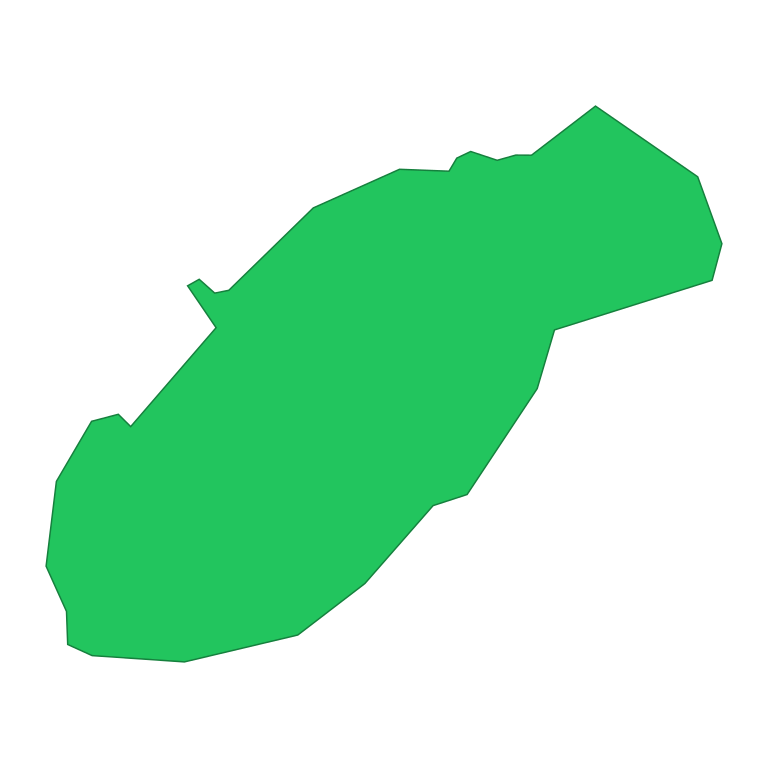 outline of Fais, Yap, Federated States of Micronesia
{"feature_id": "79324940B24312539881249", "entity_name": "Fais", "entity_type": "district", "adm_level": 2, "iso_a3": "FSM", "parent_name": "Federated States of Micronesia", "parent_adm1": "Yap", "projection": "mercator", "projection_center": [140.518, 9.763], "detail": "fine", "context": "isolated", "style": "filled", "palette": "green", "viewbox_px": 768, "rotation_deg": 0, "n_neighbors": 0, "source": "geoboundaries", "source_scale": "gbopen_adm2", "svg_char_len": 522}
<svg xmlns="http://www.w3.org/2000/svg" viewBox="0 0 768 768"><path d="M187.6,285.8L216.1,327.7L130.7,426.6L118.3,414.3L91.6,421.3L56.4,481.4L46.1,566.2L66.5,611.4L67.7,644.5L92.1,655.6L184.4,661.9L297.8,635.0L364.9,583.5L433.1,505.6L467.1,494.5L537.2,388.6L554.5,329.9L712.1,280.3L721.9,243.7L697.7,176.8L595.5,106.1L531.5,155.2L515.7,155.1L497.2,160.3L470.7,151.5L456.8,158.1L449.0,171.2L399.5,169.3L313.3,207.9L228.8,290.3L214.7,293.1L199.2,279.3L187.6,285.8Z" fill="#22c55e" stroke="#15803d" stroke-width="1.5"/></svg>